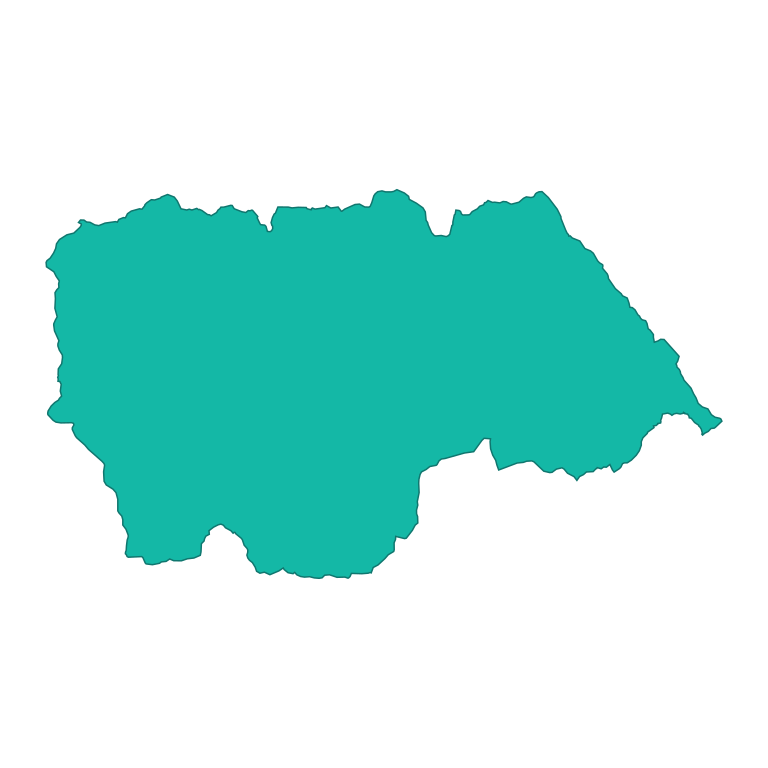 the district of Tazlau, Neamt, Romania
{"feature_id": "2599482B29958320334989", "entity_name": "Tazlau", "entity_type": "district", "adm_level": 2, "iso_a3": "ROU", "parent_name": "Romania", "parent_adm1": "Neamt", "projection": "orthographic", "projection_center": [26.403, 46.703], "detail": "fine", "context": "isolated", "style": "filled", "palette": "teal", "viewbox_px": 768, "rotation_deg": 0, "n_neighbors": 0, "source": "geoboundaries", "source_scale": "gbopen_adm2", "svg_char_len": 6061}
<svg xmlns="http://www.w3.org/2000/svg" viewBox="0 0 768 768"><path d="M721.9,421.2L720.9,419.0L719.8,418.3L715.0,417.2L711.4,414.7L707.9,408.9L702.4,407.0L698.2,403.4L696.0,397.8L693.6,393.8L691.0,388.1L684.0,380.2L683.0,377.6L680.6,373.7L680.3,371.6L679.3,369.5L677.0,367.1L676.7,365.2L676.0,363.9L677.7,361.1L679.1,356.3L664.1,339.5L660.7,339.3L657.9,341.0L654.3,342.2L653.4,337.3L653.4,334.5L650.1,330.1L648.2,328.8L647.0,323.4L645.6,320.7L642.2,319.8L640.6,318.3L639.5,316.1L637.9,314.8L635.0,309.8L632.3,307.6L629.9,307.3L629.0,303.1L627.2,298.0L622.5,295.8L621.2,293.7L615.3,288.6L608.5,278.7L608.1,276.0L607.3,274.0L602.5,268.2L602.9,265.9L602.6,264.7L599.5,262.8L597.6,260.8L593.3,253.2L590.5,250.9L584.9,248.6L579.8,241.0L572.3,238.0L570.2,235.9L568.8,236.1L568.5,234.6L567.2,233.3L565.6,230.0L561.0,218.5L560.9,216.6L557.2,209.2L548.3,197.5L542.0,191.6L539.0,191.8L536.8,192.8L535.6,193.7L533.9,196.6L532.6,197.2L530.9,197.5L526.3,196.9L523.5,198.3L519.0,202.2L511.7,204.1L510.6,204.0L506.3,201.8L503.1,201.5L499.9,202.9L494.7,202.2L492.4,202.4L488.0,200.5L486.1,202.4L484.6,202.7L483.6,204.8L479.6,206.3L477.4,208.8L472.2,211.6L469.7,214.6L468.4,214.9L462.9,215.0L461.5,214.0L460.5,211.4L459.0,210.5L455.9,210.1L455.1,214.3L454.3,215.0L452.9,221.9L452.8,224.8L451.9,225.5L449.8,234.3L447.8,236.0L446.2,236.6L441.2,235.5L435.7,236.0L434.3,235.6L431.6,232.7L428.2,225.0L427.6,222.5L426.1,220.3L425.3,211.9L423.0,207.9L416.4,203.2L409.3,199.4L408.6,196.3L404.4,193.0L396.9,189.7L393.7,191.4L391.2,191.9L385.6,191.9L382.0,190.9L377.7,191.7L375.2,193.8L373.8,195.9L371.8,202.6L370.1,206.5L368.8,207.1L364.8,207.0L359.5,204.1L355.0,204.5L344.7,209.1L342.1,211.1L341.3,211.2L338.1,207.0L330.8,208.0L326.5,205.6L324.9,207.7L315.0,209.1L312.4,208.0L311.5,208.6L311.5,209.6L311.1,209.8L307.0,208.7L306.2,207.5L298.1,207.3L292.0,207.9L288.3,207.1L277.9,207.0L275.4,213.2L274.2,214.0L272.5,217.5L271.1,222.6L271.9,225.4L272.6,226.2L272.7,228.6L271.6,230.7L270.1,231.7L267.4,231.4L266.0,226.4L264.7,225.1L260.8,224.7L260.0,223.8L257.2,217.9L257.8,216.5L252.6,210.4L251.9,210.1L249.9,210.8L248.2,210.6L245.9,212.5L242.0,211.8L234.8,209.0L234.1,208.6L232.2,205.5L230.8,205.3L223.9,207.1L220.8,207.2L220.0,208.6L218.1,210.0L216.5,212.6L211.1,215.8L209.5,214.8L207.6,214.6L201.9,210.5L199.3,209.4L198.4,209.6L196.8,208.4L191.9,210.0L189.2,209.2L186.8,210.0L181.0,208.8L177.3,201.0L174.3,197.1L167.6,194.5L161.1,197.1L160.6,198.0L157.7,199.0L154.7,200.0L151.3,199.7L146.9,202.7L145.0,204.6L144.6,205.9L141.9,209.2L139.5,208.8L131.2,211.1L127.5,213.7L125.4,217.8L123.4,217.6L118.9,219.4L117.3,222.2L115.7,221.6L105.0,223.1L98.8,225.6L94.8,224.9L90.0,222.3L86.6,222.0L84.0,220.1L80.5,220.0L78.5,222.5L81.2,223.9L81.3,225.2L80.0,227.3L73.8,233.1L66.9,234.8L59.5,239.5L56.5,243.8L55.7,248.4L53.6,253.0L50.2,258.1L47.0,260.6L46.1,262.4L46.5,266.8L53.9,271.8L56.2,276.4L59.3,280.9L58.6,283.9L58.9,287.6L56.7,289.9L55.0,292.7L55.4,298.6L54.9,308.3L57.2,316.8L55.4,320.0L53.8,323.7L53.7,324.9L54.5,330.9L58.9,340.7L57.9,343.9L57.9,346.0L59.3,350.1L62.3,354.9L62.5,357.5L61.7,363.7L58.3,368.9L58.1,374.6L58.4,375.6L57.7,377.4L58.2,378.8L58.0,381.3L59.8,381.5L61.2,384.3L60.3,391.1L61.6,396.1L59.4,398.4L58.5,400.1L54.8,402.5L51.2,406.0L48.1,411.0L47.7,413.2L47.9,414.7L53.1,420.3L55.9,422.1L60.9,422.9L71.6,422.7L73.2,423.2L73.8,424.1L73.8,425.1L72.3,427.8L72.3,429.5L75.2,435.7L76.6,437.7L84.8,445.0L88.5,449.4L101.9,461.2L104.0,463.5L104.6,465.2L103.6,471.8L104.1,481.3L106.3,485.0L112.9,489.1L116.0,492.6L117.8,499.3L117.8,510.9L119.0,513.0L121.8,516.1L122.8,519.7L122.8,525.0L126.0,529.3L128.2,535.1L128.2,537.0L127.2,540.0L126.5,545.6L126.2,550.4L125.5,552.2L125.4,553.8L126.2,554.5L127.1,556.5L128.3,557.2L141.7,556.6L142.9,557.6L145.2,562.9L146.1,563.9L152.4,564.7L159.5,563.3L161.4,561.9L166.1,561.4L169.7,559.0L173.7,560.7L181.4,560.8L187.3,558.8L194.0,558.0L200.3,555.3L201.0,551.9L201.4,543.7L204.0,541.1L204.6,538.6L205.9,536.1L209.3,534.3L209.0,530.7L213.5,527.2L218.2,524.8L220.9,524.1L223.4,525.2L225.5,527.8L230.9,530.7L233.1,533.2L234.3,532.3L235.1,532.5L235.7,533.7L241.2,538.2L242.3,539.6L244.2,545.3L247.1,548.5L247.8,550.1L247.7,552.4L246.9,555.1L247.8,558.0L249.4,560.2L252.4,562.6L255.2,567.2L256.6,571.3L259.9,573.2L264.4,572.2L269.9,574.7L278.9,570.9L283.2,568.0L284.2,569.6L288.0,572.7L293.1,573.7L294.7,572.4L296.8,574.8L300.6,576.5L304.5,577.1L309.6,576.7L314.3,577.9L319.1,578.3L322.1,577.8L324.7,575.2L329.6,574.8L337.0,577.3L344.9,577.1L347.8,578.1L348.5,578.0L350.0,576.6L351.4,573.4L361.9,573.7L368.1,573.2L370.2,572.5L371.2,572.9L373.2,567.5L378.1,564.9L385.0,558.5L388.3,554.7L393.7,551.5L394.2,549.8L394.1,542.8L395.5,539.5L395.7,536.4L404.6,538.6L406.3,538.2L412.4,530.3L415.2,525.1L417.8,523.0L417.6,516.5L416.6,513.9L416.5,510.1L417.8,505.1L417.3,501.7L419.1,492.6L418.7,483.2L418.9,479.4L420.1,474.4L421.5,471.9L426.1,469.5L429.9,466.5L436.2,465.3L437.0,464.6L439.0,460.9L441.4,459.0L445.0,458.5L464.5,453.0L473.7,451.7L481.9,440.4L484.1,438.3L490.5,438.8L490.1,441.7L490.6,448.8L492.7,455.1L495.7,460.3L496.9,465.0L498.7,470.0L517.2,463.0L523.3,462.4L526.7,461.2L531.8,460.9L533.9,461.8L543.8,471.2L549.8,472.6L552.1,472.3L556.4,469.1L562.0,467.8L564.1,469.1L567.5,473.2L574.0,476.6L576.9,480.4L579.6,476.5L583.5,474.6L586.4,472.0L593.2,471.6L596.0,468.7L596.7,468.6L597.2,467.6L601.2,468.8L603.7,467.0L606.4,467.2L609.9,464.5L612.4,469.9L614.1,472.1L619.5,468.6L620.9,467.1L622.5,463.7L624.3,462.9L627.3,462.8L631.4,460.1L636.3,455.2L639.3,450.8L641.3,445.2L641.3,441.7L642.9,437.8L647.2,433.5L647.6,432.2L654.0,427.6L653.5,425.9L656.1,425.5L657.8,424.1L657.7,423.5L660.6,423.0L660.9,421.8L660.7,420.2L661.6,418.0L662.5,414.1L667.7,413.1L670.4,414.1L671.9,415.3L674.0,413.9L676.6,413.3L680.2,414.0L683.2,413.3L683.5,412.5L684.4,413.4L684.6,413.0L686.0,414.0L687.6,414.1L689.1,416.5L689.2,417.8L691.3,418.3L694.6,422.5L698.6,425.2L698.9,426.2L699.9,427.0L701.2,429.0L702.4,433.3L701.8,434.1L702.6,435.1L704.8,433.2L708.3,431.4L711.0,428.5L714.3,428.1L715.4,427.3L721.9,421.2Z" fill="#14b8a6" stroke="#0f766e" stroke-width="1.5"/></svg>